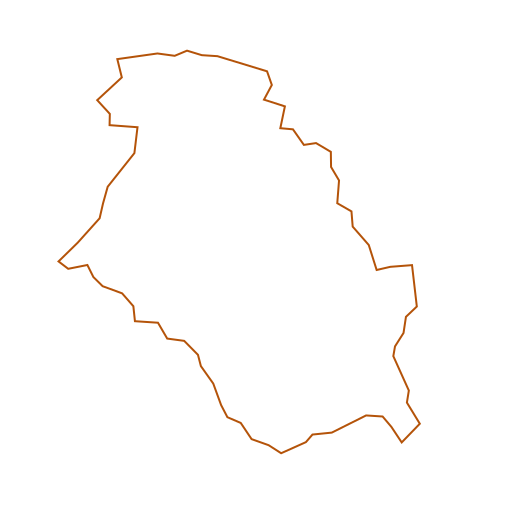 Lajeado do Bugre, Rio Grande do Sul, Brazil, rotated 281°
{"feature_id": "56859067B18581397233195", "entity_name": "Lajeado do Bugre", "entity_type": "district", "adm_level": 2, "iso_a3": "BRA", "parent_name": "Brazil", "parent_adm1": "Rio Grande do Sul", "projection": "robinson", "projection_center": [-53.208, -27.705], "detail": "fine", "context": "isolated", "style": "outline", "palette": "amber", "viewbox_px": 512, "rotation_deg": 281, "n_neighbors": 0, "source": "geoboundaries", "source_scale": "gbopen_adm2", "svg_char_len": 985}
<svg xmlns="http://www.w3.org/2000/svg" viewBox="0 0 512 512"><g transform="rotate(281 256 256)"><path d="M82.8,340.5L91.5,345.5L97.1,364.1L120.5,394.5L122.6,410.9L114.1,421.5L100.8,434.6L122.6,448.8L140.9,432.1L153.1,431.7L183.9,409.9L193.8,409.7L208.6,415.5L224.9,414.8L237.1,423.5L276.8,410.9L271.0,389.9L265.3,377.1L288.3,364.6L303.3,345.3L318.0,341.2L323.3,325.7L346.0,323.1L357.7,312.7L372.5,309.6L378.3,293.4L374.2,281.8L387.4,268.1L386.1,255.5L408.4,255.8L411.0,234.0L426.9,238.9L439.4,231.6L444.8,180.0L442.8,164.5L444.4,149.1L437.0,138.0L436.0,120.6L422.8,82.3L405.7,90.2L378.7,70.4L367.6,85.4L356.5,87.3L359.8,115.1L333.8,117.0L295.7,97.2L278.4,95.8L263.2,95.3L235.0,78.4L213.0,63.2L207.6,74.1L215.0,92.2L204.3,100.4L197.1,111.2L193.8,131.7L183.3,145.2L168.9,149.6L171.8,172.5L158.0,184.6L159.0,201.7L147.9,217.9L137.4,222.9L122.6,238.4L103.0,250.2L92.3,258.7L89.2,272.9L75.4,286.6L72.7,304.5L67.2,318.3L82.8,340.5Z" fill="none" stroke="#b45309" stroke-width="2"/></g></svg>